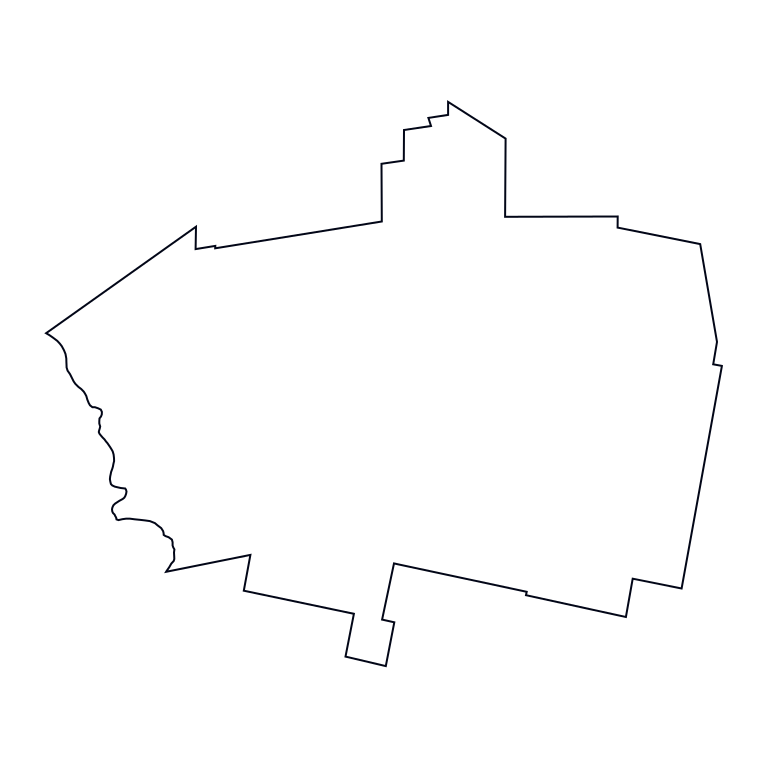 Robles, Santiago del Estero, Argentina (Natural Earth projection)
{"feature_id": "61730980B53242872705838", "entity_name": "Robles", "entity_type": "district", "adm_level": 2, "iso_a3": "ARG", "parent_name": "Argentina", "parent_adm1": "Santiago del Estero", "projection": "natural_earth1", "projection_center": [-64.068, -27.846], "detail": "fine", "context": "isolated", "style": "outline", "palette": "ink", "viewbox_px": 768, "rotation_deg": 0, "n_neighbors": 0, "source": "geoboundaries", "source_scale": "gbopen_adm2", "svg_char_len": 1963}
<svg xmlns="http://www.w3.org/2000/svg" viewBox="0 0 768 768"><path d="M717.0,341.9L700.2,244.1L617.6,227.6L617.7,216.5L505.1,216.8L505.6,138.6L448.1,101.9L448.1,114.9L428.4,117.9L431.0,126.0L404.0,130.0L403.8,160.6L381.5,163.8L381.8,221.5L215.2,248.3L215.3,245.9L195.6,249.1L196.0,226.7L46.1,333.2L49.5,335.2L52.8,337.5L57.3,340.9L59.8,343.6L61.8,346.2L64.0,350.3L65.5,354.0L66.3,358.5L66.4,362.3L66.5,364.3L66.6,367.5L67.6,370.7L70.0,374.1L71.6,377.3L73.7,381.5L75.4,383.9L78.4,386.9L81.2,389.0L83.8,391.7L85.0,393.6L86.3,396.0L87.3,399.5L88.7,403.0L90.0,405.3L92.4,407.2L94.9,407.2L98.1,408.3L100.8,409.6L101.9,411.9L101.8,414.4L101.0,416.5L99.5,418.4L99.3,421.2L99.3,423.5L99.7,424.9L100.2,426.4L99.8,428.3L99.1,430.6L98.8,432.0L99.4,433.6L100.8,435.4L102.6,437.5L104.5,439.4L106.0,441.5L107.4,443.1L108.7,445.0L110.2,447.2L111.5,449.3L112.7,451.4L113.6,454.5L114.0,458.0L114.1,461.1L113.5,463.5L112.9,466.7L112.3,468.7L111.1,472.0L110.7,474.1L110.2,476.4L109.9,479.2L110.3,481.5L110.9,484.0L112.2,485.4L114.7,486.6L117.6,487.3L120.7,488.0L123.3,488.3L125.2,488.5L126.0,489.7L126.5,491.6L126.1,493.8L125.3,496.0L124.3,497.7L122.7,499.0L119.4,500.8L117.1,502.3L115.1,503.6L113.4,505.3L112.4,507.5L112.0,509.3L112.3,511.5L113.0,513.0L114.6,514.6L115.1,515.8L116.1,517.5L116.5,519.4L118.5,520.1L122.3,519.2L125.9,518.7L130.1,518.7L134.7,519.3L139.7,519.8L144.9,520.4L149.9,521.1L154.9,523.1L157.6,525.4L161.2,528.1L163.1,531.1L163.6,533.1L163.7,534.9L165.5,536.1L168.6,537.2L171.9,539.6L172.6,542.2L172.6,545.5L173.3,547.5L174.4,549.4L174.0,552.5L174.2,556.2L174.3,559.0L173.7,561.0L171.3,563.6L169.3,567.1L166.4,571.3L166.1,571.8L250.4,554.9L243.8,590.7L307.1,604.0L332.9,609.4L353.9,613.8L345.5,656.6L385.8,666.1L394.3,622.3L382.1,619.6L394.0,563.4L398.4,564.4L445.7,574.5L449.5,575.3L526.7,591.8L526.0,595.2L625.9,617.0L632.7,578.7L681.6,588.5L721.9,366.0L721.9,365.9L713.2,364.3L713.3,363.8L717.0,341.9Z" fill="none" stroke="#020617" stroke-width="2"/></svg>